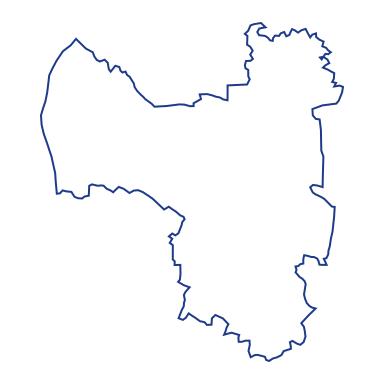 Marechal Cândido Rondon, Paraná, Brazil
{"feature_id": "56859067B82748474938572", "entity_name": "Marechal Cândido Rondon", "entity_type": "district", "adm_level": 2, "iso_a3": "BRA", "parent_name": "Brazil", "parent_adm1": "Paraná", "projection": "orthographic", "projection_center": [-54.123, -24.589], "detail": "fine", "context": "isolated", "style": "outline", "palette": "blue", "viewbox_px": 384, "rotation_deg": 0, "n_neighbors": 0, "source": "geoboundaries", "source_scale": "gbopen_adm2", "svg_char_len": 3658}
<svg xmlns="http://www.w3.org/2000/svg" viewBox="0 0 384 384"><path d="M248.5,350.9L250.7,357.2L255.1,355.0L257.8,354.9L265.0,356.8L266.1,359.9L269.0,361.0L272.9,358.5L277.1,357.3L281.4,355.1L283.7,351.1L286.9,350.1L290.9,348.8L290.7,345.7L289.9,342.2L292.4,340.9L296.9,343.6L300.3,344.8L303.6,342.1L305.5,336.6L304.7,330.5L303.9,326.8L301.3,323.2L308.7,315.2L315.6,308.5L312.2,307.6L309.6,306.1L306.8,303.1L305.0,298.6L304.0,294.4L304.9,289.0L305.7,284.1L304.7,281.3L302.2,278.6L299.8,277.2L295.6,272.4L296.5,269.8L295.5,266.5L298.2,266.1L300.4,264.1L303.3,263.6L303.3,259.1L304.2,255.2L307.5,255.8L311.3,257.0L313.9,257.0L317.1,258.5L318.4,260.7L319.4,264.6L322.3,264.9L326.6,264.9L325.1,261.4L323.8,258.8L326.4,258.2L328.2,254.5L328.5,250.5L329.7,246.6L330.2,243.4L330.9,238.6L332.5,231.7L334.1,217.0L334.7,207.0L331.8,206.5L324.4,199.0L321.9,197.4L318.5,195.7L315.2,194.2L312.7,192.3L310.2,187.3L312.9,185.0L316.8,185.4L319.3,186.1L322.6,187.1L322.9,173.4L323.4,156.6L321.3,150.6L320.9,129.8L319.6,119.4L315.8,118.9L312.8,115.4L312.4,109.1L322.4,105.4L336.3,103.6L338.8,100.6L342.1,92.4L343.0,86.9L339.6,85.6L334.2,86.5L336.1,82.9L332.2,82.0L333.9,78.7L334.2,73.1L330.7,71.3L328.0,69.7L323.0,67.6L325.4,65.3L329.3,63.1L327.5,59.7L323.4,56.7L325.4,53.9L328.2,54.2L330.8,52.2L328.0,50.2L326.1,47.8L322.3,46.3L323.6,41.6L319.3,39.6L316.2,37.0L316.0,33.4L312.2,34.7L310.2,37.4L308.2,33.9L305.6,28.9L301.5,30.2L298.0,32.6L294.9,30.4L292.1,29.1L290.7,31.7L289.4,34.9L286.3,36.3L284.2,32.0L280.8,33.3L279.1,35.9L275.0,35.6L273.1,38.1L272.7,40.9L270.0,40.3L268.0,37.8L265.1,35.9L259.1,35.2L257.3,32.0L259.3,28.5L265.5,27.3L261.0,23.0L254.3,24.1L250.5,25.4L248.1,30.9L244.8,33.9L247.4,35.9L247.1,44.7L250.2,46.7L252.7,50.8L250.2,54.6L252.9,58.9L250.5,60.8L246.0,61.0L244.9,65.1L245.5,68.3L248.2,69.9L248.3,76.4L249.7,79.3L247.1,84.5L227.6,85.4L227.6,91.6L227.5,100.3L223.2,99.4L220.0,97.5L215.8,96.7L212.7,95.5L207.3,94.1L204.0,94.2L199.7,94.4L201.0,99.1L193.6,103.2L193.6,106.1L190.1,106.2L184.3,104.6L179.4,104.4L166.7,106.0L154.5,106.7L151.6,103.7L148.3,101.3L145.1,99.0L143.2,96.8L141.2,95.1L137.2,91.0L134.7,87.3L133.8,83.4L131.7,80.1L129.7,76.8L127.1,75.0L125.5,71.6L122.4,72.5L120.5,70.7L119.3,67.0L115.3,65.8L112.8,69.0L110.6,71.7L108.8,69.1L107.7,62.7L104.6,59.7L99.9,61.5L96.8,60.0L94.3,56.4L92.8,52.3L85.9,48.6L76.0,38.9L70.8,45.2L66.1,48.8L62.9,51.3L56.5,60.8L53.0,67.4L51.8,69.8L49.2,75.4L48.4,82.5L47.2,92.5L45.4,101.4L43.6,106.7L42.6,109.8L41.0,115.3L41.6,124.7L43.8,134.0L47.0,143.0L51.5,156.7L55.2,173.2L55.6,180.0L56.8,193.7L59.8,193.4L62.7,190.4L65.8,191.3L71.4,191.9L74.5,196.8L77.9,198.2L82.1,198.5L84.6,196.5L88.8,195.7L89.2,185.8L92.0,184.4L97.9,185.8L100.8,185.4L103.6,185.7L106.5,188.6L111.0,190.7L113.2,192.3L115.7,189.7L118.8,186.9L123.6,188.8L129.5,193.0L133.7,190.6L138.2,190.2L142.8,192.1L148.4,195.8L152.5,198.6L164.1,209.5L168.8,206.7L171.6,208.8L175.9,211.6L180.3,215.4L183.5,216.8L184.6,219.2L182.3,222.0L181.6,225.2L178.4,233.3L175.3,235.4L172.3,233.5L168.9,236.4L172.2,238.7L169.8,243.0L172.8,245.1L172.8,259.5L174.7,261.3L174.6,265.0L180.3,264.9L180.5,273.9L179.9,279.7L178.1,281.8L180.4,283.2L183.8,285.2L189.6,287.3L187.5,289.6L185.4,292.0L183.9,295.0L184.9,300.1L184.0,302.7L183.8,306.2L181.9,309.8L178.6,318.2L182.9,319.9L185.9,317.7L188.7,313.4L191.9,315.6L195.3,317.8L200.0,321.2L204.6,322.2L206.9,324.9L211.5,324.7L211.9,318.3L215.4,315.0L222.9,318.4L228.4,324.2L226.6,327.6L225.4,331.7L224.1,334.7L228.4,333.5L231.5,332.7L239.2,335.0L238.4,337.6L238.7,341.8L241.8,341.8L245.5,340.7L249.5,340.7L249.8,344.9L248.5,350.9ZM323.4,56.7L321.7,59.4L320.0,57.5L323.4,56.7Z" fill="none" stroke="#1e3a8a" stroke-width="2"/></svg>